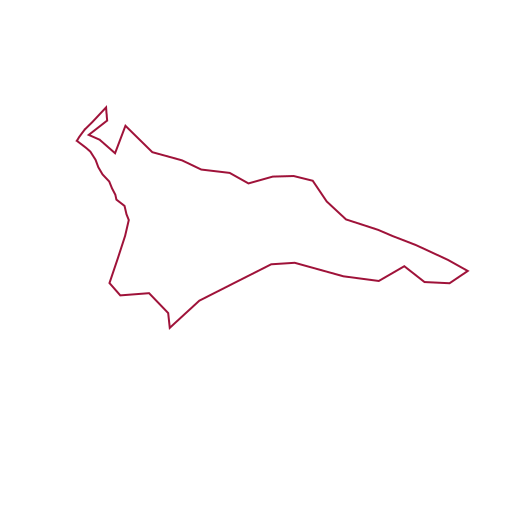 Farmakas, Nicosia, Cyprus (Mercator projection), rotated 108°
{"feature_id": "46923920B39374943744030", "entity_name": "Farmakas", "entity_type": "district", "adm_level": 2, "iso_a3": "CYP", "parent_name": "Cyprus", "parent_adm1": "Nicosia", "projection": "mercator", "projection_center": [33.141, 34.929], "detail": "fine", "context": "isolated", "style": "outline", "palette": "rose", "viewbox_px": 512, "rotation_deg": 108, "n_neighbors": 0, "source": "geoboundaries", "source_scale": "gbopen_adm2", "svg_char_len": 1037}
<svg xmlns="http://www.w3.org/2000/svg" viewBox="0 0 512 512"><g transform="rotate(108 256 256)"><path d="M204.8,50.0L200.4,72.2L196.2,107.3L194.8,132.6L193.4,148.0L193.4,181.7L182.3,205.6L166.9,225.3L168.3,244.9L175.3,264.6L189.3,285.6L185.1,306.7L190.7,334.8L187.9,355.9L189.3,386.7L172.5,420.4L201.8,421.8L193.8,440.5L193.7,440.6L193.7,440.9L192.5,452.5L173.3,439.5L173.2,439.4L169.5,441.0L167.9,441.6L166.2,442.4L161.0,444.5L179.1,453.0L179.3,453.1L187.4,457.3L188.7,457.9L188.7,458.0L188.8,458.0L193.1,459.5L197.7,461.0L200.4,461.6L201.7,462.0L201.7,461.9L202.0,461.5L205.6,451.2L207.9,445.8L214.1,438.3L220.3,433.4L225.8,427.2L227.4,424.3L228.7,421.9L230.5,418.6L236.1,413.9L241.2,408.7L245.5,406.2L249.0,396.5L256.3,392.1L259.9,389.1L260.3,388.8L261.1,388.1L277.3,386.7L301.1,386.7L327.0,387.0L335.4,372.9L324.4,346.2L337.4,321.9L351.0,315.8L345.4,312.7L316.0,296.1L289.8,269.8L259.2,239.0L250.5,217.1L248.3,166.6L241.8,131.5L219.9,111.8L228.7,87.7L222.1,63.5L204.8,50.0Z" fill="none" stroke="#9f1239" stroke-width="2"/></g></svg>